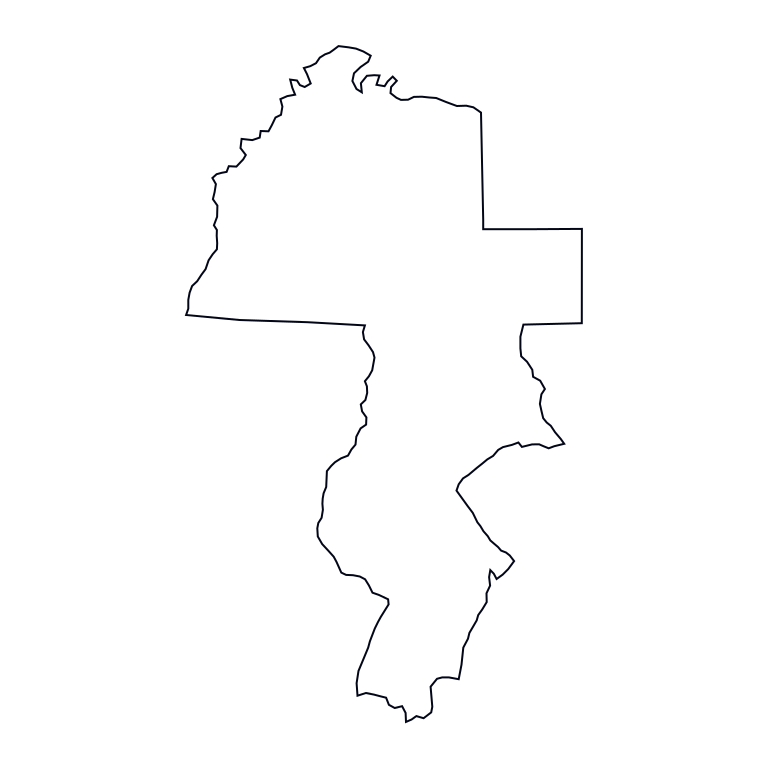 the district of Cambé, Paraná, Brazil
{"feature_id": "56859067B22186488449217", "entity_name": "Cambé", "entity_type": "district", "adm_level": 2, "iso_a3": "BRA", "parent_name": "Brazil", "parent_adm1": "Paraná", "projection": "mercator", "projection_center": [-51.292, -23.206], "detail": "fine", "context": "isolated", "style": "outline", "palette": "ink", "viewbox_px": 768, "rotation_deg": 0, "n_neighbors": 0, "source": "geoboundaries", "source_scale": "gbopen_adm2", "svg_char_len": 2960}
<svg xmlns="http://www.w3.org/2000/svg" viewBox="0 0 768 768"><path d="M338.5,46.1L333.5,49.9L329.6,52.7L325.1,54.3L319.8,57.6L316.0,63.2L310.2,66.2L303.9,68.0L307.0,74.1L310.7,83.5L304.7,87.0L299.9,85.1L297.0,80.5L290.2,79.6L292.3,87.8L295.1,94.7L287.3,96.1L280.4,99.1L282.4,106.6L281.0,114.8L275.5,117.5L271.8,125.2L268.5,131.3L260.7,131.0L259.7,137.6L252.3,140.1L241.6,138.9L240.5,148.1L245.8,155.0L243.2,159.4L236.4,166.6L228.8,166.2L226.6,171.9L221.7,172.8L216.6,174.2L212.4,178.0L215.9,184.1L214.6,192.1L212.9,199.2L217.4,205.6L217.1,216.8L213.9,225.3L216.9,230.0L216.7,235.8L217.2,243.2L216.9,249.3L212.7,254.2L208.6,260.3L205.6,269.1L201.4,274.8L197.2,281.2L192.1,286.0L189.6,292.7L188.3,299.9L188.3,308.7L186.1,315.0L239.4,320.0L307.5,322.2L364.9,325.4L362.9,332.1L364.1,339.4L368.5,345.2L373.0,352.1L374.5,357.6L372.2,370.3L368.9,376.3L364.9,381.2L366.9,386.3L367.2,392.9L365.4,400.0L360.8,404.4L362.1,411.4L366.4,417.4L366.1,424.6L360.6,428.4L356.3,436.7L355.5,444.6L351.4,449.5L348.0,455.6L341.1,458.3L335.0,462.2L331.2,465.9L326.9,471.1L326.2,487.0L323.6,493.3L322.7,498.6L322.4,503.8L322.9,509.8L321.6,517.8L318.3,523.0L317.3,528.3L317.8,536.5L322.2,544.1L328.5,550.9L333.7,556.7L336.5,561.9L341.3,572.6L346.1,574.9L353.0,575.2L359.8,576.5L365.1,579.3L368.9,585.4L372.5,592.7L378.8,594.9L388.1,599.3L388.6,604.4L380.8,616.9L378.0,622.0L374.8,628.5L369.9,641.3L368.2,647.6L364.1,657.5L358.5,670.9L356.6,683.2L357.5,695.7L365.9,693.0L374.0,694.6L380.8,696.4L386.1,697.7L388.9,704.8L394.7,708.0L402.1,706.2L405.6,712.9L406.0,721.9L411.6,719.5L416.3,716.1L423.6,718.2L431.2,712.4L432.3,706.8L430.6,686.7L437.0,678.8L442.2,677.4L448.9,677.4L458.7,679.2L461.5,664.7L463.3,647.6L468.0,638.7L469.4,632.9L473.1,626.6L476.7,620.4L478.2,615.1L482.2,609.5L486.7,602.1L486.5,593.3L490.1,585.6L489.1,577.1L490.3,570.1L493.8,573.7L496.6,579.0L502.7,574.6L508.2,569.1L514.1,561.1L509.8,555.5L506.0,552.5L501.1,550.6L498.0,547.0L494.1,543.7L490.3,540.4L487.8,536.2L483.5,531.3L480.4,526.1L477.4,522.3L472.8,512.9L467.6,506.0L456.5,490.6L458.7,484.3L463.0,478.4L468.5,474.9L476.7,468.0L482.5,463.4L487.3,459.4L493.1,455.9L498.2,449.9L503.0,447.1L511.9,444.9L518.4,442.5L521.9,446.9L532.1,444.4L539.1,444.3L543.7,446.3L548.7,448.3L554.3,446.2L564.2,443.8L560.8,439.0L555.1,432.3L550.8,425.8L546.7,422.5L543.2,418.2L541.4,410.7L539.9,403.9L541.4,394.3L544.9,389.0L540.2,380.7L533.1,376.8L532.3,369.8L527.0,361.7L521.2,356.3L520.4,348.3L520.4,336.7L523.4,324.6L581.8,323.2L581.9,228.9L531.5,229.2L483.2,229.2L483.2,219.6L481.0,112.6L473.4,107.3L466.2,105.7L456.9,106.0L450.9,103.8L445.8,101.9L436.2,98.0L429.4,97.5L421.8,96.7L413.9,96.9L408.1,99.7L401.0,99.9L396.5,97.8L390.5,93.1L391.1,87.0L396.8,80.8L392.7,76.6L387.6,81.5L384.6,86.2L376.5,84.8L379.5,75.5L374.2,75.2L366.9,75.8L360.9,83.2L361.8,92.3L356.5,89.0L352.4,81.0L354.0,73.3L360.6,67.0L368.2,61.7L370.7,55.7L363.4,51.5L356.0,48.6L348.4,47.3L338.5,46.1Z" fill="none" stroke="#020617" stroke-width="2"/></svg>